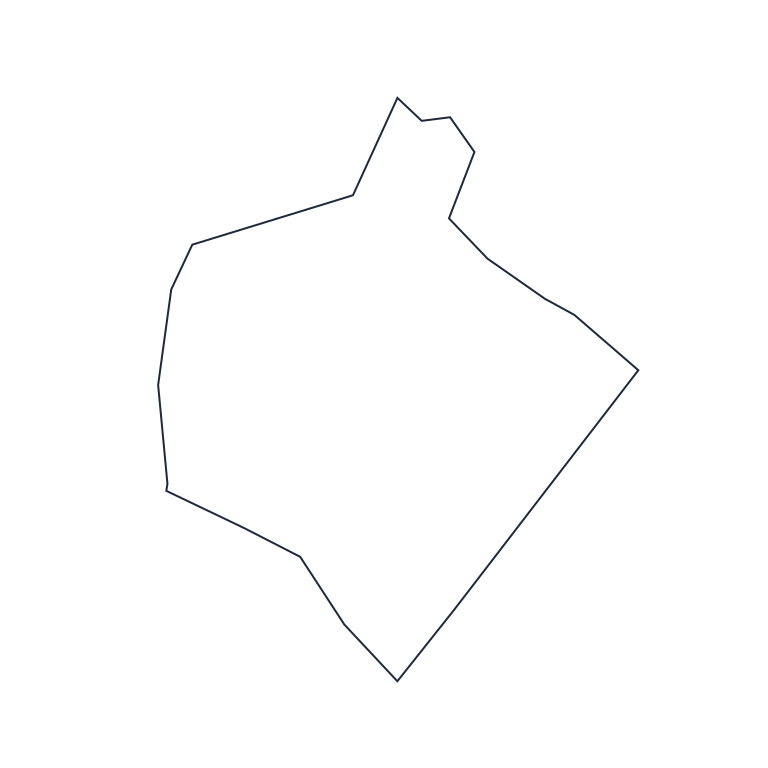 outline of Grass Street, Castries, Saint Lucia, rotated 201°
{"feature_id": "8701671B71359677826666", "entity_name": "Grass Street", "entity_type": "district", "adm_level": 2, "iso_a3": "LCA", "parent_name": "Saint Lucia", "parent_adm1": "Castries", "projection": "equal_earth", "projection_center": [-60.988, 14.007], "detail": "fine", "context": "isolated", "style": "outline", "palette": "slate", "viewbox_px": 768, "rotation_deg": 201, "n_neighbors": 0, "source": "geoboundaries", "source_scale": "gbopen_adm2", "svg_char_len": 418}
<svg xmlns="http://www.w3.org/2000/svg" viewBox="0 0 768 768"><g transform="rotate(201 384 384)"><path d="M151.5,488.0L231.0,516.7L264.3,521.2L332.3,538.1L382.7,561.9L382.7,633.0L417.9,656.7L443.1,643.2L474.0,655.9L480.6,549.1L612.9,445.4L616.5,396.0L594.5,302.1L550.4,213.2L548.9,206.2L463.2,199.4L400.3,192.6L334.8,145.2L265.0,111.3L237.8,197.7L151.5,488.0Z" fill="none" stroke="#1e293b" stroke-width="2"/></g></svg>